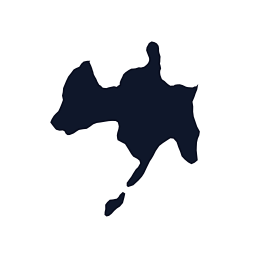 Neftchala District, Neftçala, Azerbaijan (Albers equal-area conic projection), rotated 27°
{"feature_id": "54616110B40961788089107", "entity_name": "Neftchala District", "entity_type": "district", "adm_level": 2, "iso_a3": "AZE", "parent_name": "Azerbaijan", "parent_adm1": "Neftçala", "projection": "albers", "projection_center": [49.058, 39.291], "detail": "fine", "context": "isolated", "style": "filled", "palette": "ink", "viewbox_px": 256, "rotation_deg": 27, "n_neighbors": 0, "source": "geoboundaries", "source_scale": "gbopen_adm2", "svg_char_len": 2622}
<svg xmlns="http://www.w3.org/2000/svg" viewBox="0 0 256 256"><g transform="rotate(27 128 128)"><path d="M63.0,86.5L61.4,87.4L59.3,89.1L58.9,89.4L57.9,92.1L57.5,95.9L55.1,98.7L53.7,100.8L53.0,104.8L52.1,109.5L52.2,114.1L52.8,121.7L54.3,125.4L55.2,128.8L58.0,132.2L58.5,136.3L58.9,141.0L59.0,144.8L57.7,148.5L57.0,151.1L56.7,155.0L56.8,156.0L56.9,157.8L60.3,159.5L63.6,161.0L64.8,161.4L65.8,161.2L67.9,160.8L70.8,159.0L73.1,159.0L75.5,160.7L77.1,161.0L78.3,160.4L78.8,160.1L81.5,157.0L83.1,154.0L84.6,151.5L87.9,149.0L91.1,146.9L93.2,143.2L94.7,140.1L97.4,137.1L100.6,134.9L104.0,132.4L107.3,130.0L110.5,128.1L113.8,126.6L116.8,126.9L119.7,130.3L120.6,133.0L121.3,136.9L122.1,139.4L123.7,141.8L124.6,142.8L129.7,142.9L132.8,142.9L134.7,144.0L138.7,146.4L143.0,149.1L145.8,150.4L150.4,150.5L153.4,151.2L155.6,153.5L155.4,158.5L154.4,161.3L153.9,166.3L153.7,170.0L153.1,173.5L152.7,176.2L152.5,177.3L153.6,179.5L154.6,179.8L158.1,176.2L160.5,169.8L161.8,164.9L162.2,161.0L162.0,154.6L161.9,147.7L162.3,144.4L162.5,141.2L162.5,139.5L162.5,135.7L163.3,129.5L165.3,125.3L168.3,120.0L169.9,117.3L173.3,116.0L178.0,117.8L182.2,121.9L185.6,124.8L189.0,128.2L192.8,129.6L197.3,130.6L200.6,130.7L202.5,128.3L203.9,125.1L201.4,121.3L198.7,117.1L196.9,113.3L195.3,109.7L194.3,105.7L194.1,102.4L193.0,99.0L188.5,95.9L184.7,92.2L180.9,88.5L178.0,84.3L175.7,79.6L172.8,75.6L172.4,70.2L171.9,66.9L171.5,62.5L170.7,59.8L170.5,60.6L169.1,61.2L167.9,62.9L166.4,63.7L163.1,65.1L161.1,65.6L157.3,65.7L154.6,66.2L152.6,67.3L150.7,68.7L150.1,70.0L148.6,70.8L146.7,71.9L143.5,71.5L141.2,70.9L139.3,70.3L136.1,69.9L135.0,69.2L133.5,67.8L132.2,66.5L130.9,64.6L130.0,62.6L129.8,60.3L128.1,58.1L126.6,56.6L125.9,54.4L124.8,52.1L124.0,50.1L121.1,47.1L120.0,45.6L118.9,43.4L117.5,41.5L115.2,40.3L112.8,40.2L110.2,40.8L108.8,43.1L108.8,44.0L108.7,47.7L109.5,50.1L111.5,52.0L113.2,53.5L115.6,55.6L116.8,57.7L117.1,59.5L117.1,61.3L116.4,63.8L115.1,66.6L112.5,68.9L110.5,69.6L108.2,71.9L106.1,73.3L104.5,74.2L102.9,76.5L101.1,79.8L100.2,82.5L100.4,85.2L100.4,88.4L100.7,90.8L101.8,93.4L100.5,95.3L100.0,97.1L96.9,97.8L94.2,100.0L92.6,101.3L91.2,102.8L88.4,104.0L86.9,104.3L84.5,103.4L82.5,103.3L79.2,101.1L77.0,99.2L74.8,97.8L72.6,96.2L71.1,94.3L69.6,92.9L68.6,91.8L66.4,89.8L64.1,88.0L63.2,87.2L63.0,86.8L63.0,86.5ZM146.5,214.2L147.0,215.4L148.8,215.8L150.4,214.4L151.7,211.6L152.7,207.8L154.0,204.4L155.8,201.3L156.8,197.1L155.6,191.6L154.7,188.3L152.9,188.1L152.0,190.6L151.7,191.5L151.6,193.8L150.8,196.4L147.4,199.1L144.9,200.7L143.8,203.7L143.3,206.6L145.3,210.4L146.1,213.4L146.5,214.2Z" fill="#0f172a" stroke="#020617" stroke-width="1.5"/></g></svg>